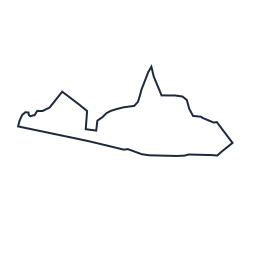 Mirabad, Tashkent, Uzbekistan, rotated 126°
{"feature_id": "79887680B42032774497005", "entity_name": "Mirabad", "entity_type": "district", "adm_level": 2, "iso_a3": "UZB", "parent_name": "Uzbekistan", "parent_adm1": "Tashkent", "projection": "orthographic", "projection_center": [69.266, 41.239], "detail": "fine", "context": "isolated", "style": "outline", "palette": "slate", "viewbox_px": 256, "rotation_deg": 126, "n_neighbors": 0, "source": "geoboundaries", "source_scale": "gbopen_adm2", "svg_char_len": 791}
<svg xmlns="http://www.w3.org/2000/svg" viewBox="0 0 256 256"><g transform="rotate(126 128 128)"><path d="M175.6,220.3L179.8,221.3L186.5,219.8L191.3,217.8L161.8,152.1L153.2,131.4L147.9,118.5L145.2,115.8L141.1,101.4L137.6,94.8L122.1,72.3L117.1,66.0L113.9,63.5L100.6,44.2L97.8,39.6L91.9,38.3L78.6,34.7L72.4,55.1L71.0,59.6L73.2,61.8L76.0,73.5L76.0,75.6L80.0,82.5L76.5,89.7L70.8,96.8L70.5,102.4L74.0,109.0L81.9,120.0L71.4,137.2L64.7,145.1L70.8,144.5L89.2,139.6L93.8,137.8L101.0,135.3L106.5,136.0L113.9,143.8L119.2,148.2L124.0,151.8L128.5,154.1L134.4,155.1L140.0,157.1L148.8,152.2L153.8,161.5L138.3,171.1L137.7,182.1L137.3,202.6L157.3,203.4L164.5,207.1L167.6,211.5L172.7,211.1L173.2,211.9L175.9,213.9L175.8,215.8L174.0,217.6L175.6,220.3Z" fill="none" stroke="#1e293b" stroke-width="2"/></g></svg>